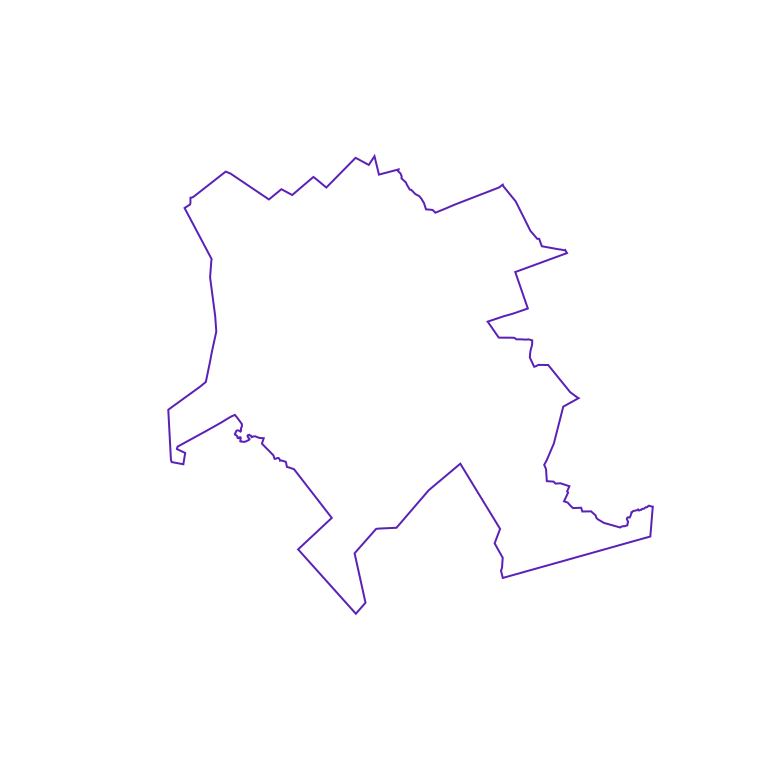 outline of Suaqui Grande, Sonora, Mexico, rotated 61°
{"feature_id": "50627088B38493213969100", "entity_name": "Suaqui Grande", "entity_type": "district", "adm_level": 2, "iso_a3": "MEX", "parent_name": "Mexico", "parent_adm1": "Sonora", "projection": "orthographic", "projection_center": [-109.833, 28.382], "detail": "fine", "context": "isolated", "style": "outline", "palette": "violet", "viewbox_px": 768, "rotation_deg": 61, "n_neighbors": 0, "source": "geoboundaries", "source_scale": "gbopen_adm2", "svg_char_len": 5421}
<svg xmlns="http://www.w3.org/2000/svg" viewBox="0 0 768 768"><g transform="rotate(61 384 384)"><path d="M646.5,225.0L621.6,208.4L621.2,209.1L619.2,210.9L618.9,211.2L618.8,211.9L619.3,213.3L619.1,214.3L618.7,214.7L619.1,217.1L618.6,218.1L618.5,219.2L618.8,220.0L618.4,220.6L618.4,221.9L618.1,222.5L617.5,222.7L616.9,222.7L617.0,224.2L616.6,225.4L616.4,225.8L616.2,227.0L615.9,227.9L616.1,228.8L616.4,229.1L616.2,229.9L616.9,230.2L619.0,232.5L619.9,233.8L618.8,235.4L618.8,235.6L619.0,235.8L619.1,236.0L619.2,236.3L619.3,236.4L619.3,236.5L619.5,236.6L619.6,236.8L619.7,237.0L619.8,237.1L622.9,237.3L623.1,237.5L623.3,237.7L623.3,237.8L623.5,238.0L623.9,238.4L624.1,238.6L624.3,238.7L625.3,239.4L625.4,239.5L625.5,239.7L625.5,239.8L625.6,240.1L625.4,240.5L625.3,240.9L625.2,241.1L625.2,241.3L625.2,241.5L625.2,241.8L625.2,242.0L625.1,242.3L624.9,242.5L624.8,242.9L624.6,243.1L624.5,243.3L624.5,243.5L624.4,243.6L624.3,243.8L624.3,244.1L624.1,244.5L624.0,245.0L623.9,245.2L623.9,245.4L623.9,245.6L623.8,246.0L623.9,246.4L623.9,246.6L624.0,246.7L624.0,246.8L624.0,247.0L612.1,259.0L605.8,262.7L603.8,263.2L601.6,262.6L595.8,264.6L591.7,272.3L587.8,271.6L584.1,278.9L580.2,280.1L576.8,280.8L573.9,283.4L568.2,275.6L566.7,275.9L563.3,271.4L556.4,277.8L554.2,282.3L551.6,283.0L547.9,288.7L536.9,283.5L532.4,283.1L529.6,278.7L518.4,264.3L500.7,247.6L490.7,238.2L490.7,220.7L489.6,221.4L481.5,225.1L447.0,231.2L442.2,239.6L442.1,240.9L442.1,242.7L441.7,244.3L431.5,243.6L430.2,242.7L428.6,241.7L427.6,241.0L426.7,240.3L426.0,239.8L425.5,239.3L425.1,239.0L424.3,238.2L423.6,237.5L423.2,237.1L422.5,236.4L421.3,235.4L421.0,235.1L420.5,234.8L420.2,234.7L419.8,234.5L418.7,233.8L417.7,233.2L417.0,233.9L416.7,234.2L416.4,234.5L416.2,234.7L416.0,234.9L415.7,235.2L415.3,235.7L415.1,235.9L414.9,236.1L414.5,237.2L414.1,238.2L411.5,242.3L409.2,246.4L408.9,246.6L408.6,246.8L408.0,247.0L407.8,247.1L407.5,247.2L407.2,247.4L406.9,247.6L406.7,247.8L406.5,248.0L406.3,248.3L399.1,261.1L395.6,261.5L379.7,263.1L382.8,246.4L384.9,237.6L387.7,221.6L349.7,214.9L358.2,160.5L355.0,160.6L354.6,160.6L354.7,161.2L352.1,164.2L351.3,165.4L340.0,179.2L332.3,177.9L331.7,178.9L331.4,179.4L331.3,179.6L320.9,181.7L305.7,181.0L288.1,180.3L269.2,183.7L267.2,183.5L267.9,188.0L261.7,233.0L261.1,238.0L260.4,244.9L259.1,256.0L255.3,257.1L251.6,262.6L245.0,261.3L242.6,261.4L239.8,261.5L236.7,262.1L233.1,264.5L227.5,266.0L226.5,267.2L220.6,267.4L218.5,267.1L212.6,269.0L211.0,267.9L207.7,267.5L205.5,268.3L204.9,268.5L203.4,267.2L198.4,286.9L180.2,281.9L185.0,291.1L172.4,299.2L184.2,339.2L172.1,343.9L168.7,345.4L174.2,372.7L163.9,379.3L166.8,395.2L125.6,416.2L121.5,419.5L128.0,460.4L127.3,463.0L131.9,465.6L133.0,466.6L133.4,473.1L191.2,474.2L192.1,475.0L206.4,484.4L242.2,498.5L242.5,498.6L256.9,505.3L271.9,518.5L280.1,525.3L295.8,538.8L297.2,546.4L301.5,582.0L302.0,585.2L347.0,607.1L349.4,607.5L356.9,598.4L347.9,591.3L340.5,596.7L338.7,594.9L338.9,561.6L338.8,545.5L338.4,536.1L338.4,532.8L338.6,530.9L338.7,529.4L342.6,528.7L344.0,528.5L350.3,527.7L350.8,528.1L351.0,528.3L351.3,528.4L351.5,528.4L351.7,528.6L352.0,528.7L352.3,529.0L352.5,529.2L352.7,529.5L353.0,530.0L353.2,530.3L353.4,530.5L353.6,530.6L353.9,530.8L354.1,530.9L354.8,531.3L355.4,531.7L355.6,531.8L355.8,532.0L356.0,532.2L356.1,532.3L356.1,532.6L355.9,532.7L355.7,532.7L355.4,532.8L355.2,533.0L354.8,533.2L354.6,533.4L354.3,533.6L354.1,533.9L353.9,534.1L353.7,534.3L353.5,534.7L353.4,535.0L353.4,535.3L353.4,535.6L353.5,535.9L353.6,536.1L354.0,536.6L354.6,537.3L354.9,537.8L355.1,538.2L355.2,538.5L355.4,538.7L355.6,538.8L355.9,538.8L356.1,538.8L356.4,538.6L356.7,538.4L357.2,538.1L357.4,538.0L357.7,537.9L357.9,537.9L358.2,537.8L358.5,537.8L358.9,537.8L359.1,537.8L359.3,537.8L359.5,537.8L359.6,538.0L359.9,538.2L360.0,538.2L360.4,538.1L360.5,538.0L360.6,537.8L360.7,537.7L360.8,537.6L360.9,537.3L360.8,537.1L360.7,536.8L360.7,536.5L360.7,536.3L360.7,535.7L360.8,535.6L361.0,535.4L361.3,535.4L361.5,535.4L361.7,535.5L362.0,535.6L362.1,535.9L362.3,536.0L362.5,536.3L362.8,536.4L363.1,536.5L363.4,536.6L363.5,536.6L363.7,536.8L363.9,537.1L364.0,537.2L364.2,537.4L364.3,537.5L364.5,537.5L364.6,537.4L364.8,537.3L364.9,537.1L365.0,537.0L365.1,536.8L365.2,536.6L365.3,536.4L365.5,536.3L365.6,536.0L365.9,535.6L366.1,535.3L366.3,535.1L366.5,534.8L366.7,534.5L366.8,534.4L366.9,534.2L367.0,534.0L367.0,533.8L367.1,533.5L367.1,533.2L367.3,532.4L367.3,532.0L367.3,531.6L367.3,531.1L367.3,530.7L367.4,530.4L367.4,530.2L367.4,529.7L367.4,529.4L367.4,529.2L367.3,528.7L367.2,528.6L367.1,528.4L366.8,528.4L366.6,528.4L366.4,528.4L366.2,528.4L366.0,528.5L365.7,528.5L365.4,528.6L364.7,528.7L364.3,528.7L364.1,528.7L363.9,528.7L363.6,528.7L363.3,528.5L363.2,528.5L363.1,528.4L362.9,528.2L362.8,527.9L362.9,527.7L363.0,527.3L363.0,527.2L363.1,526.9L363.2,526.6L363.2,526.4L364.2,526.1L364.8,525.4L365.3,525.3L366.3,525.5L366.4,524.8L366.7,523.4L367.0,522.7L367.4,521.9L370.6,519.3L373.1,515.5L377.0,519.7L392.8,515.3L396.4,516.0L396.7,515.4L397.0,514.1L397.1,513.0L397.6,512.1L398.8,511.9L400.0,511.8L400.6,512.1L401.3,510.7L402.2,509.7L404.5,507.6L409.5,509.1L410.6,507.9L414.9,504.0L475.8,494.6L487.0,539.3L571.3,520.0L566.3,506.2L517.8,491.8L506.9,461.1L508.0,458.5L515.8,442.8L498.6,396.4L490.7,355.9L517.5,354.8L567.0,352.7L577.0,364.5L593.5,364.4L602.0,369.9L604.0,372.2L611.2,374.1L630.6,292.2L640.8,249.0L643.4,238.0L646.5,225.0Z" fill="none" stroke="#5b21b6" stroke-width="2"/></g></svg>